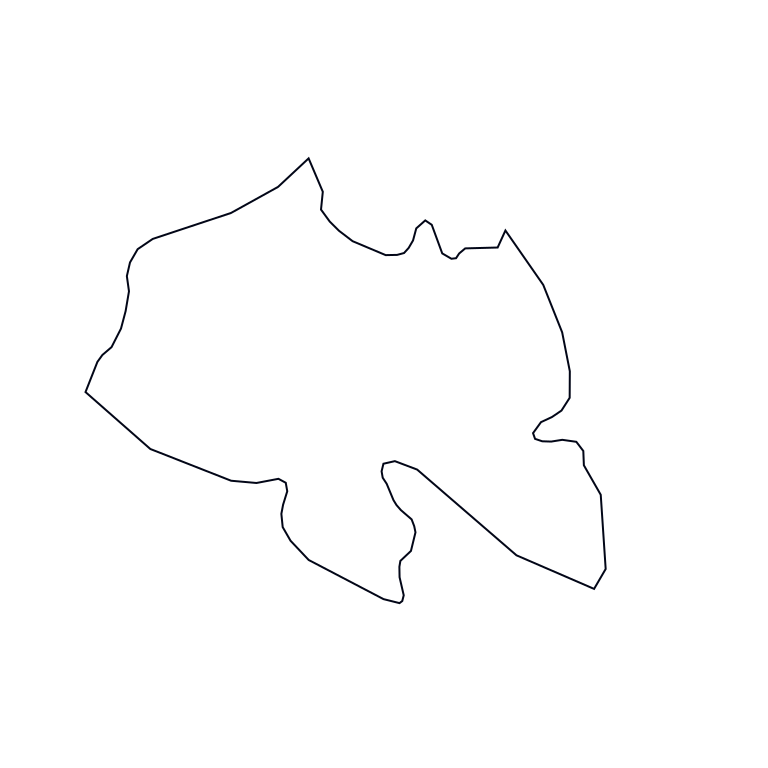 Sevnica, Mercator projection, rotated 207°
{"feature_id": "SVN-988", "entity_name": "Sevnica", "entity_type": "Municipality", "adm_level": 1, "iso_a3": "SVN", "parent_name": "Slovenia", "parent_adm1": "", "projection": "mercator", "projection_center": [15.262, 46.004], "detail": "fine", "context": "isolated", "style": "outline", "palette": "ink", "viewbox_px": 768, "rotation_deg": 207, "n_neighbors": 0, "source": "natural_earth", "source_scale": "10m", "svg_char_len": 1186}
<svg xmlns="http://www.w3.org/2000/svg" viewBox="0 0 768 768"><g transform="rotate(207 384 384)"><path d="M562.7,220.0L646.3,241.3L649.4,273.6L648.1,282.0L643.5,293.2L643.5,314.0L647.3,331.6L653.3,350.8L662.1,363.4L665.5,377.0L664.7,392.3L655.9,408.3L598.0,466.9L567.9,511.5L553.6,550.8L525.8,527.5L519.3,510.8L506.1,504.1L493.7,500.1L476.8,497.0L441.0,499.6L430.9,505.0L425.6,509.8L423.8,516.4L423.3,525.1L425.9,537.3L421.5,548.5L413.7,547.5L391.4,526.8L380.8,526.2L376.9,528.8L376.3,534.4L373.2,541.7L344.7,557.2L345.5,575.9L287.1,544.6L248.7,510.9L224.2,479.7L212.3,456.0L213.8,440.9L219.3,430.9L226.8,421.3L228.9,407.9L224.5,403.7L217.0,404.8L208.9,408.6L199.8,415.2L186.4,419.8L176.0,414.8L169.0,402.3L140.6,383.7L102.5,319.8L103.8,296.8L188.2,291.5L315.6,322.8L339.3,320.2L348.3,312.7L346.5,305.1L342.6,299.9L336.3,296.3L322.8,284.8L317.9,281.8L311.7,279.3L297.9,275.9L292.5,271.0L288.6,266.1L284.2,247.5L289.1,233.8L287.3,228.1L282.4,218.9L270.5,204.7L269.2,198.9L270.7,195.8L286.8,192.1L371.2,193.0L396.1,201.9L409.3,210.5L416.5,221.7L419.1,230.6L421.5,244.5L426.7,251.4L435.0,251.6L452.7,237.9L476.3,228.4L562.7,220.0Z" fill="none" stroke="#020617" stroke-width="2"/></g></svg>